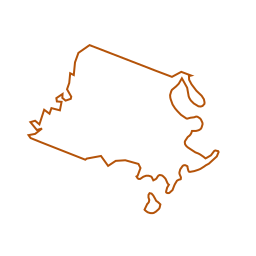 Madison, Louisiana, United States of America (Albers equal-area conic projection), rotated 21°
{"feature_id": "52423323B38488721572151", "entity_name": "Madison", "entity_type": "district", "adm_level": 2, "iso_a3": "USA", "parent_name": "United States of America", "parent_adm1": "Louisiana", "projection": "albers", "projection_center": [-91.092, 32.342], "detail": "fine", "context": "isolated", "style": "outline", "palette": "amber", "viewbox_px": 256, "rotation_deg": 21, "n_neighbors": 0, "source": "geoboundaries", "source_scale": "gbopen_adm2", "svg_char_len": 2474}
<svg xmlns="http://www.w3.org/2000/svg" viewBox="0 0 256 256"><g transform="rotate(21 128 128)"><path d="M57.0,107.0L57.2,113.7L63.8,119.1L64.1,121.3L59.9,124.8L55.9,123.4L54.7,119.7L50.4,125.8L52.1,128.7L56.6,127.4L58.1,135.9L49.4,136.9L49.6,142.8L43.2,141.0L44.0,156.4L38.7,154.5L34.8,157.5L43.6,162.5L47.9,159.3L43.4,166.8L37.7,170.3L40.7,172.3L52.4,172.5L99.5,172.9L100.5,171.3L112.8,163.8L123.0,170.5L128.3,163.1L137.0,159.1L150.6,157.8L154.0,160.9L154.1,169.2L153.3,170.2L155.2,171.6L156.0,171.6L156.3,171.7L157.6,171.2L159.8,168.0L162.0,166.1L164.3,165.2L166.7,165.0L167.8,165.4L170.4,167.8L172.2,165.8L172.7,164.8L173.1,162.7L173.5,161.5L174.5,160.5L176.6,160.1L177.9,160.4L180.0,161.3L181.4,162.1L184.6,165.3L185.6,166.0L186.5,166.3L185.9,169.6L186.3,173.5L186.6,174.3L187.2,174.6L188.1,174.6L188.8,174.4L189.6,174.0L189.9,173.7L191.8,170.0L191.8,165.3L191.9,163.6L192.6,159.7L193.8,158.2L195.4,157.1L195.6,156.8L195.1,155.1L192.8,152.7L192.4,152.2L191.9,151.0L191.6,147.9L192.5,144.2L192.8,143.5L193.7,142.6L194.2,142.4L195.0,142.2L197.0,142.4L197.3,142.6L197.8,143.6L199.4,145.9L200.1,146.6L200.5,146.9L201.5,146.8L205.3,144.5L208.5,141.9L210.2,140.3L213.1,136.4L213.9,135.1L216.3,132.3L221.1,122.7L221.2,118.0L220.5,117.3L217.5,117.7L216.7,118.6L215.2,123.8L212.4,127.3L211.2,128.6L208.8,127.8L205.0,126.9L202.8,126.6L199.6,126.6L190.9,124.7L189.0,124.0L187.2,122.8L186.3,121.3L186.0,120.5L186.0,119.4L187.0,115.0L188.2,113.0L188.7,111.6L188.9,110.1L188.8,107.8L192.5,106.4L194.2,105.2L195.1,104.4L196.0,103.2L196.4,102.3L196.5,101.1L196.3,98.1L196.2,97.6L195.8,96.8L195.5,96.3L193.0,93.9L191.7,93.2L188.9,92.6L187.5,92.9L185.9,94.3L182.7,96.0L180.0,98.0L179.1,98.2L172.7,96.7L168.0,94.5L164.9,92.8L161.2,90.1L157.5,85.8L156.6,84.5L155.5,82.2L155.2,78.4L155.3,76.7L158.0,71.9L159.5,68.5L160.5,62.3L168.8,69.2L173.3,76.7L174.7,78.2L176.8,79.8L180.6,81.5L186.0,82.5L188.2,81.9L189.7,80.7L190.7,78.1L190.3,76.7L188.6,74.0L185.2,71.5L178.5,68.7L171.6,64.4L167.8,61.1L166.3,57.7L168.1,56.4L157.6,56.5L150.7,64.5L132.6,64.6L103.5,64.5L62.4,64.4L54.8,75.6L55.0,85.7L58.4,98.0L54.4,97.6L57.0,107.0ZM178.8,199.5L179.9,199.3L181.8,198.5L182.5,198.0L184.0,196.1L185.5,193.2L185.9,192.3L186.1,191.2L185.6,187.7L182.7,186.5L180.4,185.9L178.5,184.2L175.8,182.0L173.5,180.8L171.5,181.1L171.1,183.1L172.0,185.5L173.7,187.6L174.0,189.9L173.5,191.5L173.2,191.9L172.7,198.3L173.0,198.5L174.9,199.2L176.6,199.6L178.8,199.5Z" fill="none" stroke="#b45309" stroke-width="2"/></g></svg>